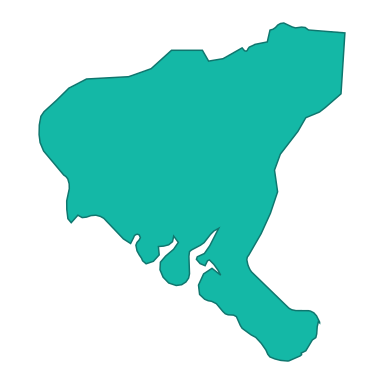 the border of Boffa
{"feature_id": "GIN-5628", "entity_name": "Boffa", "entity_type": "Prefecture", "adm_level": 1, "iso_a3": "GIN", "parent_name": "Guinea", "parent_adm1": "", "projection": "natural_earth1", "projection_center": [-14.034, 10.295], "detail": "fine", "context": "isolated", "style": "filled", "palette": "teal", "viewbox_px": 384, "rotation_deg": 0, "n_neighbors": 0, "source": "natural_earth", "source_scale": "10m", "svg_char_len": 2107}
<svg xmlns="http://www.w3.org/2000/svg" viewBox="0 0 384 384"><path d="M319.6,322.8L318.4,321.6L317.2,326.7L316.7,333.9L315.8,337.6L312.3,340.0L305.8,350.8L301.2,353.1L301.6,354.7L300.2,355.9L288.8,360.9L287.5,361.0L280.7,360.4L274.8,358.9L269.9,356.9L267.8,354.3L265.9,350.0L261.3,343.4L255.8,337.4L251.0,334.8L242.2,328.4L240.4,325.6L236.4,316.6L233.5,315.1L228.1,314.8L225.3,313.8L222.9,311.5L216.4,303.7L211.6,301.3L208.1,300.7L204.6,299.2L199.6,294.5L198.5,285.1L203.6,273.9L212.0,268.3L220.7,275.2L218.3,270.6L213.8,264.3L209.4,259.9L207.5,260.8L205.1,265.7L200.1,263.6L196.4,259.3L197.3,256.8L204.4,253.5L209.8,245.7L218.7,228.3L213.9,231.0L210.5,234.4L204.1,242.6L200.5,245.2L191.6,249.9L189.5,251.6L188.9,256.3L189.5,273.8L188.6,278.1L185.9,282.0L181.7,284.7L176.2,285.5L168.7,283.0L163.1,277.2L160.0,269.8L160.4,262.2L165.6,256.1L173.6,249.3L178.3,242.4L173.7,236.1L172.5,241.7L168.7,244.8L163.7,246.1L158.4,246.5L159.2,254.9L153.4,261.3L146.1,263.8L142.6,260.8L141.5,258.2L139.3,255.0L137.0,250.8L135.9,245.2L137.0,242.4L139.1,240.0L140.4,237.7L139.2,234.9L137.4,234.2L135.6,234.7L134.2,236.0L133.7,237.4L130.6,243.5L123.4,238.9L103.8,218.3L100.4,216.4L95.9,215.2L90.9,215.6L86.5,217.1L82.2,217.6L77.9,215.2L71.2,222.7L67.9,218.7L66.8,209.4L66.7,200.9L69.3,188.7L69.2,183.8L67.8,178.9L65.9,176.5L63.7,175.0L43.6,151.0L40.1,142.6L39.1,134.7L39.3,125.0L40.9,116.3L44.1,111.6L56.2,100.6L68.9,88.1L86.5,79.0L128.6,76.7L151.1,68.7L171.5,50.3L202.4,50.3L208.6,61.1L223.0,58.7L242.1,47.9L244.5,50.7L246.1,51.2L247.2,50.5L248.1,48.7L249.3,47.1L253.5,45.2L254.9,44.4L267.3,41.9L270.0,30.1L273.1,29.2L275.5,27.5L277.8,25.0L280.5,23.5L283.8,23.0L292.3,27.0L295.5,27.9L301.5,27.1L305.2,27.5L308.5,30.0L344.9,32.9L341.0,93.8L325.3,107.5L319.5,112.0L305.8,117.7L297.9,131.4L280.3,154.2L274.5,170.1L277.6,191.8L270.4,213.3L261.1,233.7L248.7,255.2L247.3,257.1L246.8,259.7L247.8,264.5L248.8,267.2L250.0,269.7L251.5,271.9L288.7,308.0L290.3,309.0L291.9,309.8L295.8,310.6L308.5,310.7L310.5,311.1L313.8,312.8L316.5,315.8L319.6,322.1L319.6,322.7L319.6,322.8Z" fill="#14b8a6" stroke="#0f766e" stroke-width="1.5"/></svg>